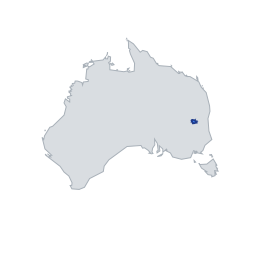 location of Parkes, New South Wales, Australia, rotated 334°
{"feature_id": "25037944B17305446148962", "entity_name": "Parkes", "entity_type": "district", "adm_level": 2, "iso_a3": "AUS", "parent_name": "Australia", "parent_adm1": "New South Wales", "projection": "mercator", "projection_center": [147.963, -32.823], "detail": "fine", "context": "in_parent", "style": "filled", "palette": "blue", "viewbox_px": 256, "rotation_deg": 334, "n_neighbors": 0, "source": "geoboundaries", "source_scale": "gbopen_adm2", "svg_char_len": 4679}
<svg xmlns="http://www.w3.org/2000/svg" viewBox="0 0 256 256"><g transform="rotate(334 128 128)"><path d="M169.8,54.8L172.2,65.2L175.2,64.7L178.7,67.8L179.3,74.2L181.3,76.4L181.8,82.5L183.3,85.6L193.3,91.5L197.3,101.2L198.5,101.7L198.7,100.0L200.9,101.8L201.2,100.9L202.1,105.9L203.4,107.4L206.3,109.0L211.9,117.6L211.7,123.4L213.8,130.4L211.0,143.9L209.0,148.9L204.0,154.6L199.4,166.2L198.3,175.1L189.6,177.3L185.3,181.2L182.6,181.6L183.4,183.8L179.1,180.5L179.7,179.8L179.5,178.9L178.7,178.9L177.3,180.3L176.3,179.5L178.0,178.1L177.0,177.1L171.3,182.1L162.4,179.6L155.4,173.6L155.2,169.0L152.0,164.9L153.4,165.0L153.3,163.8L148.7,165.1L150.1,162.0L148.3,157.6L146.6,162.6L143.2,163.1L143.8,161.5L145.3,161.4L147.6,154.6L147.0,149.6L144.7,154.9L141.3,156.9L139.0,160.1L139.3,161.8L138.0,161.6L135.8,159.8L137.2,159.7L136.2,156.6L134.1,153.0L132.3,152.5L132.0,149.4L119.0,144.2L96.9,148.2L89.9,151.8L86.7,156.3L71.3,156.6L62.9,162.2L57.2,161.8L50.9,158.1L50.8,154.3L52.3,154.9L53.7,152.7L53.8,145.2L51.2,139.6L50.2,132.7L43.2,118.6L45.9,120.1L44.3,115.8L45.4,118.3L47.5,119.1L44.2,110.4L46.7,98.7L47.2,101.4L49.6,98.4L58.0,93.1L61.0,93.4L76.2,88.4L81.8,81.8L81.5,77.4L84.5,74.4L87.0,79.1L88.3,76.5L86.7,74.6L87.2,73.4L92.1,74.2L90.5,73.7L91.6,71.9L90.7,70.2L93.3,70.0L92.4,68.8L94.5,68.6L93.8,66.8L95.7,64.8L95.8,66.0L97.4,65.8L97.5,63.6L99.7,64.4L101.1,62.6L103.4,63.8L106.5,67.0L106.0,69.5L108.1,67.1L112.6,68.7L113.5,67.3L111.5,65.4L116.8,56.9L117.8,57.4L119.6,55.3L120.2,56.2L125.6,55.6L125.4,53.5L121.8,52.0L122.4,51.5L135.4,55.9L139.1,54.3L138.2,55.9L139.8,56.9L141.8,54.8L143.5,56.5L141.4,60.3L139.2,60.7L139.3,63.4L137.2,67.7L148.9,75.6L152.2,76.4L153.2,78.3L158.5,79.6L162.3,72.7L162.6,62.8L163.2,59.1L164.5,58.2L163.5,56.5L166.7,49.5L169.8,54.8ZM176.3,192.2L183.0,195.0L191.0,193.2L191.6,200.9L191.0,199.5L190.2,201.2L190.0,206.3L187.2,204.2L185.4,209.0L181.9,208.6L182.6,207.2L179.5,205.0L178.3,201.0L179.6,201.7L176.5,196.2L176.3,192.2ZM115.8,51.5L119.5,51.5L120.6,52.6L118.2,54.7L115.8,51.5ZM141.8,166.5L148.4,166.3L145.6,167.5L141.8,166.5ZM142.5,62.8L143.2,65.0L140.9,64.6L141.3,63.1L142.5,62.8ZM211.6,116.6L211.4,113.9L212.3,111.8L212.7,113.3L211.6,116.6ZM189.1,187.8L191.4,188.4L191.4,189.5L189.1,187.8ZM115.4,52.2L116.7,54.2L114.3,54.1L115.4,52.2ZM173.8,188.3L172.6,188.0L173.2,186.2L173.8,188.3ZM155.1,74.7L154.0,75.3L152.8,75.7L153.4,74.5L155.1,74.7ZM43.2,118.0L42.2,116.7L42.2,115.5L42.3,115.5L43.2,118.0ZM191.0,190.5L191.8,191.2L190.2,190.6L191.0,190.5ZM202.9,106.2L203.8,106.2L203.8,107.4L202.9,106.2ZM182.1,82.4L183.1,83.0L182.9,83.4L182.1,82.4ZM187.1,207.0L187.2,208.3L186.3,207.9L187.1,207.0ZM213.1,124.4L213.1,125.8L213.1,124.4ZM125.2,51.4L124.6,50.9L125.0,50.6L125.2,51.4ZM142.6,51.6L141.7,52.6L142.8,50.8L142.6,51.6ZM213.2,122.6L212.8,123.1L213.1,122.6L213.2,122.6ZM144.0,71.0L143.5,71.2L143.7,70.7L144.0,71.0ZM140.6,62.8L140.0,62.9L140.4,62.2L140.6,62.8ZM52.7,93.2L52.5,94.1L52.2,94.0L52.7,93.2ZM165.6,49.0L165.6,49.7L165.4,49.2L165.6,49.0ZM178.7,179.4L178.9,179.9L178.6,179.7L178.7,179.4ZM141.5,52.9L140.2,53.6L141.5,52.7L141.5,52.9ZM93.9,65.8L93.4,66.3L93.7,65.7L93.9,65.8ZM187.6,206.1L187.2,206.4L187.4,205.9L187.6,206.1ZM154.5,77.3L153.9,77.2L154.2,76.8L154.5,77.3ZM91.4,69.6L91.0,69.9L91.0,69.2L91.4,69.6ZM190.8,203.4L190.2,203.8L190.4,203.1L190.8,203.4ZM166.1,47.0L166.0,47.5L165.6,47.3L166.1,47.0ZM178.4,180.1L179.0,180.6L178.0,180.5L178.4,180.1ZM194.5,91.4L194.1,91.5L194.3,90.9L194.5,91.4ZM198.3,99.9L198.0,99.9L198.2,99.5L198.3,99.9ZM176.6,191.3L176.4,191.8L176.2,191.2L176.6,191.3Z" fill="#d9dde1" stroke="#a8b0b8" stroke-width="1"/><path d="M191.6,150.1L191.2,150.1L190.7,150.1L190.6,149.9L190.5,149.7L190.4,149.7L190.2,149.5L190.1,149.4L190.0,149.2L189.9,149.2L189.7,149.0L189.7,148.9L189.4,148.8L189.2,148.8L189.1,148.7L188.9,148.7L188.5,148.8L188.4,148.9L188.3,149.0L188.2,149.1L188.2,149.5L188.3,149.5L188.2,149.7L188.4,149.7L188.3,149.8L188.3,150.0L188.2,150.1L188.3,150.1L188.3,150.4L188.4,150.5L188.5,150.5L188.4,150.9L188.3,151.4L188.2,151.6L188.2,151.8L188.3,151.8L188.2,152.1L188.3,152.2L188.3,152.4L188.6,152.4L188.6,152.5L189.5,152.8L189.5,152.7L189.6,152.8L189.8,152.8L189.8,152.7L189.8,152.8L189.9,153.0L189.9,152.9L190.0,153.0L190.5,153.0L190.8,153.0L191.1,153.1L191.1,152.9L191.1,152.7L191.3,152.7L191.4,152.8L191.4,152.7L191.5,152.8L191.8,152.8L191.9,152.7L192.0,152.7L192.1,152.8L192.1,152.7L192.3,152.5L192.2,152.5L192.3,152.5L192.2,152.4L192.3,152.4L192.2,152.4L192.2,152.2L192.3,152.0L192.2,152.0L192.3,152.0L192.2,152.0L192.2,151.9L192.1,151.7L191.9,151.6L191.7,151.6L191.7,151.4L191.7,151.1L191.7,150.9L191.5,150.7L191.5,150.4L191.5,150.2L191.6,150.1Z" fill="#3b82f6" stroke="#1e3a8a" stroke-width="1.5"/></g></svg>